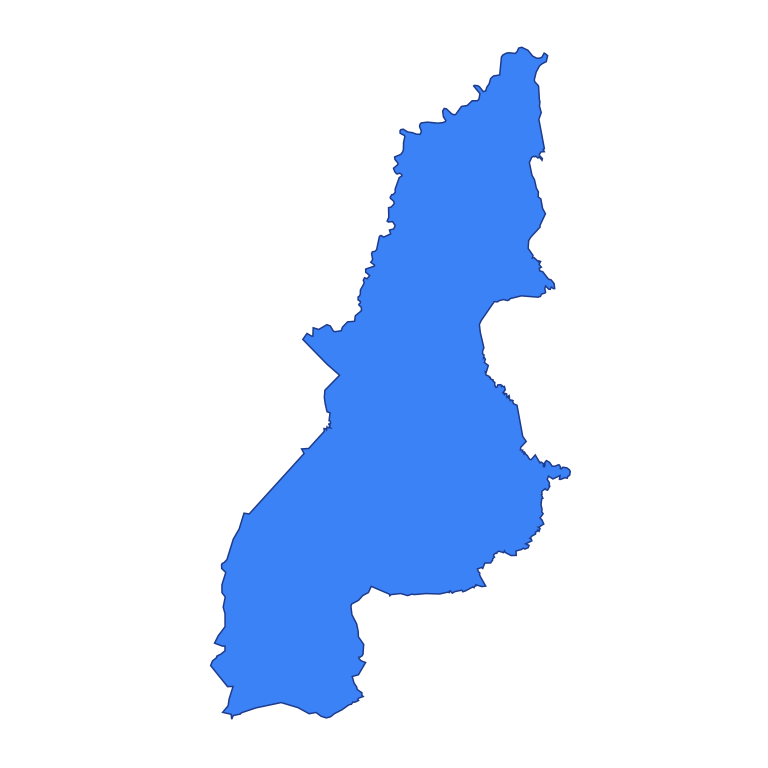 Susupuato, Michoacán, Mexico, rotated 178°
{"feature_id": "50627088B45891459057999", "entity_name": "Susupuato", "entity_type": "district", "adm_level": 2, "iso_a3": "MEX", "parent_name": "Mexico", "parent_adm1": "Michoacán", "projection": "albers", "projection_center": [-100.425, 19.176], "detail": "fine", "context": "isolated", "style": "filled", "palette": "blue", "viewbox_px": 768, "rotation_deg": 178, "n_neighbors": 0, "source": "geoboundaries", "source_scale": "gbopen_adm2", "svg_char_len": 6135}
<svg xmlns="http://www.w3.org/2000/svg" viewBox="0 0 768 768"><g transform="rotate(178 384 384)"><path d="M556.7,61.5L548.3,59.2L547.9,54.3L546.3,57.9L539.0,59.2L538.0,60.4L523.2,64.8L497.9,69.2L481.3,63.6L470.3,57.1L463.4,58.1L458.4,54.1L453.3,52.3L449.0,53.3L445.2,56.2L437.4,59.9L430.1,64.7L427.7,65.1L426.0,67.4L424.5,66.9L420.5,68.6L421.3,69.5L420.3,70.9L415.7,72.4L417.0,73.8L416.8,76.1L421.4,79.6L421.9,82.2L424.4,86.2L426.0,92.8L419.7,94.3L412.1,106.3L416.4,108.1L418.5,110.3L418.6,111.9L417.6,111.8L415.4,113.1L414.4,114.7L413.4,124.5L418.4,132.2L418.4,137.2L419.7,145.2L424.1,154.5L424.8,162.9L424.1,165.2L416.9,168.8L412.6,173.3L406.9,176.1L403.8,182.2L386.0,173.8L385.6,172.2L384.3,173.3L374.6,174.0L367.7,171.7L363.6,173.0L361.1,172.5L349.4,173.1L335.7,172.2L327.9,173.7L325.9,173.3L326.0,174.6L324.8,174.9L323.1,172.6L320.3,174.1L313.4,175.2L312.4,173.6L309.8,174.4L302.5,178.0L301.1,177.3L300.7,178.4L299.1,179.1L299.2,180.1L293.2,178.1L289.4,178.5L294.2,187.7L295.2,190.2L294.8,191.7L296.2,193.2L297.1,195.9L293.0,197.2L291.8,196.2L289.5,201.5L283.6,201.5L281.5,204.3L281.5,205.7L279.6,207.1L280.5,208.3L280.1,209.7L278.4,211.0L277.3,210.8L276.7,212.0L275.0,212.9L270.4,211.3L269.5,213.0L268.6,211.3L262.9,208.1L257.8,208.1L257.9,212.5L252.4,213.8L250.7,215.0L248.9,214.1L245.6,215.4L244.7,217.7L248.0,219.3L241.7,222.1L242.3,224.1L243.6,224.6L241.3,227.0L237.8,228.7L237.8,230.6L236.2,231.3L235.6,232.7L234.2,231.3L233.1,234.0L234.6,235.3L233.6,235.2L233.6,235.9L229.2,238.5L230.8,242.5L232.7,244.7L229.5,248.8L230.8,250.9L230.4,253.3L231.3,257.7L230.4,263.8L229.2,264.2L230.6,267.7L229.9,268.2L230.1,271.2L226.5,273.8L225.7,272.6L224.2,272.2L221.8,276.1L222.7,277.1L222.1,278.5L222.5,280.2L224.2,282.9L222.9,286.2L218.5,283.2L211.3,286.3L212.0,282.6L210.8,282.5L206.5,284.0L204.1,283.5L203.6,285.1L201.6,286.4L200.9,290.2L202.0,292.1L204.4,293.9L208.2,294.6L209.7,293.0L210.8,293.4L210.5,294.6L211.5,296.9L212.4,297.2L216.3,295.8L218.9,296.1L221.2,299.8L224.3,301.8L226.0,300.0L226.1,296.6L226.6,295.7L227.6,295.9L227.4,298.9L229.8,300.5L230.9,299.7L235.3,307.8L239.5,303.3L241.1,303.6L243.4,307.6L244.9,309.0L246.5,309.1L246.4,310.2L245.6,310.4L246.1,311.2L248.2,311.4L247.7,313.0L250.0,313.3L249.5,316.0L243.9,321.6L247.2,326.8L251.8,358.1L255.0,359.6L256.2,362.0L255.6,362.8L256.8,363.5L258.4,363.0L258.5,364.0L260.1,365.9L259.1,366.4L259.4,368.1L261.6,366.4L261.8,369.9L263.8,370.5L264.0,369.4L264.6,370.0L265.4,371.2L263.0,373.9L263.7,377.3L264.6,376.9L266.1,378.3L266.6,377.6L267.4,379.3L270.4,379.1L271.2,376.8L272.4,376.8L273.4,379.1L273.2,381.8L274.8,382.8L274.8,384.3L277.2,385.2L277.5,386.9L278.2,386.7L278.9,388.1L281.7,389.5L282.3,392.7L281.4,392.2L279.1,398.8L283.0,402.2L281.8,405.1L282.8,406.8L283.6,406.3L283.0,409.5L284.4,410.6L284.2,414.0L282.9,416.6L286.0,432.4L286.6,440.2L284.6,444.1L270.9,462.5L267.8,462.1L265.9,463.3L261.5,464.2L257.6,463.1L255.7,463.9L255.1,464.9L243.6,467.3L227.0,465.4L224.6,466.1L223.5,468.3L219.9,469.3L219.3,470.1L220.0,474.0L219.0,476.3L216.1,473.0L214.6,472.8L213.4,475.0L211.2,473.3L210.1,473.4L210.5,478.4L213.3,482.2L216.0,483.1L221.5,490.7L224.4,491.7L224.8,494.2L222.7,495.2L224.9,498.1L223.2,501.0L224.8,501.6L224.8,500.3L229.7,505.1L231.3,504.8L230.6,507.3L235.2,514.5L234.4,522.3L232.2,525.6L222.5,535.4L222.6,537.0L216.7,548.5L219.4,554.0L220.8,563.5L223.4,565.6L223.0,570.6L224.9,574.4L226.5,583.0L228.8,587.4L231.0,600.2L228.5,605.3L226.4,606.4L225.4,605.8L224.3,606.4L222.3,604.5L221.4,605.2L220.0,604.5L218.3,602.1L217.8,603.7L220.5,606.7L220.7,608.2L218.9,610.5L215.7,610.6L216.8,612.8L215.5,613.5L220.0,643.2L217.4,649.7L218.9,656.3L218.3,661.1L218.8,662.5L219.1,675.5L219.3,676.7L222.7,680.7L223.2,682.6L221.1,690.2L217.5,696.5L214.7,698.6L210.6,700.5L209.0,706.4L211.2,708.4L212.4,709.1L214.6,705.3L216.5,704.3L219.9,704.2L224.0,706.5L228.5,712.5L234.6,715.7L237.7,715.0L239.2,711.8L241.2,709.8L247.9,710.7L250.4,710.3L253.8,708.6L255.2,706.8L257.6,688.8L263.9,688.0L266.8,685.5L268.4,680.4L271.0,676.8L272.1,673.4L274.6,672.8L278.3,677.8L279.9,678.8L283.2,679.3L284.0,678.7L278.0,670.8L279.1,665.6L280.7,663.8L286.0,664.0L291.2,659.4L296.9,658.7L302.8,651.1L304.1,650.5L306.8,651.5L312.0,656.8L314.2,657.3L315.8,654.9L315.3,648.9L313.0,645.2L313.6,644.1L316.1,643.2L321.1,642.8L331.4,644.2L337.7,643.6L339.0,642.3L339.5,640.0L337.8,635.2L339.2,632.3L342.7,632.5L346.9,634.2L351.3,635.0L356.0,638.0L358.4,637.6L359.2,636.3L359.1,634.0L355.0,631.7L354.5,630.7L356.0,624.8L356.4,618.1L357.0,615.7L359.2,612.9L365.5,610.5L365.2,608.0L362.4,604.3L362.4,602.9L367.0,599.3L365.9,596.0L364.4,593.9L363.6,593.4L361.2,594.1L359.6,593.4L358.7,591.4L361.6,589.7L366.1,578.3L366.1,575.1L368.3,573.0L369.6,573.0L371.3,570.4L371.1,569.3L368.1,566.5L367.4,564.0L370.5,560.7L373.3,560.0L373.4,550.6L375.2,546.6L373.9,545.7L369.8,546.0L367.3,541.9L369.0,538.6L373.2,537.7L372.1,533.8L379.2,530.8L381.4,532.4L382.5,532.4L383.5,531.4L386.7,518.5L388.4,516.9L391.0,516.5L391.9,514.7L391.0,508.8L393.0,506.1L389.3,503.1L389.4,502.2L398.3,499.5L398.4,496.3L394.5,492.8L397.3,489.8L399.7,490.9L401.1,488.3L400.2,486.3L401.0,484.2L404.3,478.8L404.6,474.4L405.5,472.7L406.8,472.0L407.0,469.0L404.7,467.2L404.9,465.8L406.4,464.5L406.2,463.6L404.0,461.5L404.0,458.1L410.3,453.2L411.2,447.7L418.2,447.4L423.5,442.3L424.9,438.7L431.2,438.0L432.7,438.6L435.7,443.9L439.0,445.3L447.3,440.8L452.8,442.7L453.4,434.3L454.7,434.4L459.2,437.2L463.6,431.4L440.4,405.9L428.1,394.3L443.3,379.8L444.1,372.6L443.4,366.1L441.9,358.3L438.9,357.0L440.2,349.3L439.5,349.2L438.7,347.5L439.0,346.2L440.5,346.0L440.5,345.3L439.4,344.4L440.2,343.1L439.0,342.0L441.9,342.4L442.4,343.1L443.1,340.2L443.9,341.4L445.5,341.6L445.4,338.7L461.5,322.2L468.6,322.0L466.3,317.3L523.3,258.8L528.4,259.8L533.8,244.2L540.0,234.3L547.1,214.0L550.2,211.0L552.0,210.3L552.7,208.8L552.6,205.2L548.7,201.2L553.0,188.9L553.2,181.1L550.1,176.8L552.5,166.6L550.9,160.1L551.3,147.0L558.5,138.1L562.4,130.9L554.6,127.7L552.1,127.6L552.2,122.9L556.5,119.7L560.5,117.9L561.0,116.3L565.1,113.2L567.1,108.6L550.9,87.0L545.4,87.0L549.8,74.6L551.0,67.9L556.7,61.5Z" fill="#3b82f6" stroke="#1e3a8a" stroke-width="1.5"/></g></svg>